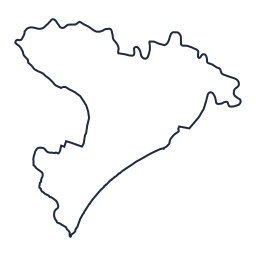 Vung Tau, Bà Rịa - Vũng Tàu, Vietnam
{"feature_id": "81297802B39135443664879", "entity_name": "Vung Tau", "entity_type": "district", "adm_level": 2, "iso_a3": "VNM", "parent_name": "Vietnam", "parent_adm1": "Bà Rịa - Vũng Tàu", "projection": "albers", "projection_center": [107.117, 10.402], "detail": "fine", "context": "isolated", "style": "outline", "palette": "slate", "viewbox_px": 256, "rotation_deg": 0, "n_neighbors": 0, "source": "geoboundaries", "source_scale": "gbopen_adm2", "svg_char_len": 5568}
<svg xmlns="http://www.w3.org/2000/svg" viewBox="0 0 256 256"><path d="M110.8,29.3L109.8,28.9L108.7,28.8L105.5,29.1L103.8,29.9L102.9,30.6L101.6,31.0L100.5,31.5L99.1,31.7L97.6,31.7L96.4,31.6L93.6,30.3L88.7,26.7L83.4,24.1L81.1,22.5L79.8,21.9L79.3,21.9L77.8,22.9L76.9,23.7L75.3,24.5L68.9,24.6L67.7,24.9L67.0,25.4L66.2,25.9L64.1,27.6L62.9,27.9L61.4,27.8L60.6,27.4L60.0,26.9L59.4,26.1L58.9,25.3L57.8,23.9L56.1,21.3L55.0,20.2L54.4,19.6L53.4,19.3L52.5,19.3L51.9,19.5L51.4,19.9L50.7,20.6L50.1,21.6L49.3,22.2L48.1,23.6L45.0,26.4L44.2,27.3L43.4,27.8L42.3,28.4L39.8,28.8L37.8,28.7L34.5,27.8L32.1,27.4L30.4,27.4L28.9,27.7L27.8,28.2L26.7,29.0L25.2,30.8L24.6,31.6L24.6,33.1L24.0,35.0L21.7,39.2L21.2,39.8L19.5,40.2L17.9,39.9L17.4,39.9L16.5,40.2L15.8,41.0L15.4,41.9L15.4,42.6L15.5,43.0L16.8,44.2L19.0,45.8L20.6,47.6L21.1,48.4L22.8,51.7L23.4,54.4L24.0,55.5L24.3,55.9L25.9,57.7L27.0,58.8L27.6,59.4L27.9,60.1L28.1,61.3L28.1,62.3L28.2,62.7L28.6,63.0L31.4,65.5L32.6,66.9L33.9,68.7L34.9,69.5L37.9,71.2L41.3,72.6L43.4,73.8L44.4,74.9L46.0,76.3L48.7,78.2L50.3,79.7L53.4,82.9L54.4,84.3L55.5,85.3L58.6,86.9L59.9,87.2L60.5,87.6L60.7,87.9L61.0,88.0L61.3,87.8L62.1,87.4L62.9,87.1L63.7,87.0L65.3,87.0L66.6,87.6L69.2,89.3L74.8,92.1L80.3,96.2L83.3,100.6L86.3,105.6L88.1,111.3L89.1,117.9L87.3,125.2L86.1,133.3L85.0,135.2L83.7,143.4L83.4,144.1L81.9,146.6L70.8,142.6L66.1,141.2L64.3,146.7L61.2,145.6L60.1,150.6L59.2,152.5L58.5,153.3L58.2,153.4L57.6,153.3L56.6,152.8L55.6,152.6L55.1,152.8L54.8,153.1L52.1,152.7L50.3,152.7L48.1,152.3L47.0,151.6L46.3,150.8L45.6,150.4L45.3,149.5L44.0,148.4L42.7,147.9L40.7,147.7L38.4,147.8L36.8,148.9L35.2,151.5L34.3,154.8L33.9,155.7L33.3,159.2L33.3,159.4L33.6,162.0L33.4,163.0L33.6,164.0L33.5,164.6L33.5,165.1L35.0,166.5L36.4,168.3L41.9,172.3L42.4,173.2L42.7,173.9L42.6,176.0L42.2,177.3L41.6,178.2L41.4,178.9L41.2,179.8L41.0,180.5L41.1,181.5L40.9,181.9L40.6,182.2L40.1,182.6L39.9,182.9L39.4,186.3L39.4,187.4L39.7,188.0L40.6,188.5L40.8,188.7L40.9,189.7L41.9,191.5L43.5,192.4L44.7,193.6L45.0,193.8L48.5,195.5L49.4,196.6L49.8,197.0L51.4,197.4L52.5,198.0L56.0,200.7L56.8,201.8L57.2,202.5L57.3,202.9L58.0,204.9L58.2,205.6L58.2,206.8L57.7,208.1L57.4,208.4L56.1,209.3L55.1,210.5L54.5,211.6L54.1,213.7L54.1,215.6L54.3,216.9L55.1,219.0L55.6,219.8L56.2,220.6L56.7,221.4L56.9,222.1L57.4,222.6L57.9,222.9L59.6,223.4L60.7,223.9L61.1,224.2L61.3,224.6L62.3,225.0L65.9,227.2L66.3,227.8L66.7,228.8L67.3,229.6L68.3,230.5L69.5,232.1L69.7,232.6L69.6,235.3L69.7,235.9L69.9,236.3L70.2,236.6L70.5,236.7L71.2,235.9L71.2,234.9L71.5,234.5L72.5,233.7L73.5,233.2L74.7,231.9L75.2,231.4L75.3,230.9L75.3,230.2L76.1,228.5L76.4,228.2L77.3,227.0L80.3,218.7L83.1,213.8L83.6,213.3L83.9,213.0L84.1,212.2L84.5,211.4L87.0,207.6L89.1,204.3L89.6,203.9L91.9,200.4L94.0,197.8L100.1,190.6L104.1,186.8L104.2,186.3L105.3,185.4L105.5,185.0L105.8,184.7L106.4,184.7L107.8,183.1L110.5,180.3L111.2,180.1L111.7,179.7L112.3,178.8L113.2,178.4L113.7,178.0L114.5,177.0L114.9,176.8L115.5,176.6L116.7,175.7L117.2,175.1L117.9,174.6L118.8,173.5L119.1,173.4L119.5,173.4L119.8,173.3L122.2,171.1L133.0,163.9L135.8,161.9L138.4,160.5L140.7,159.2L142.2,158.4L148.5,154.7L152.8,152.5L157.3,150.4L160.5,149.0L162.4,148.5L163.1,148.5L163.5,148.8L163.8,148.7L163.6,148.2L166.0,146.9L166.6,146.5L168.9,144.2L169.3,143.5L169.9,140.6L170.1,140.0L170.4,139.4L171.1,138.2L172.1,137.0L173.7,135.1L175.0,134.0L177.8,132.1L178.4,131.7L178.6,131.4L178.7,131.0L178.7,130.5L178.3,129.0L178.3,128.6L178.5,128.1L179.2,126.5L189.3,128.4L189.8,127.8L198.9,117.1L202.7,110.6L203.5,109.4L204.6,106.2L206.1,101.1L207.7,94.9L208.2,93.8L209.3,92.6L210.2,92.3L211.0,92.3L212.1,92.7L213.1,93.6L214.2,95.3L215.1,97.4L215.6,99.5L216.1,102.3L216.5,103.2L217.2,103.7L217.9,104.0L219.2,103.9L221.6,103.6L223.9,102.3L226.2,101.7L226.8,101.8L227.4,102.1L227.8,102.9L228.5,104.9L229.1,106.1L229.9,106.5L230.8,106.6L232.7,106.5L234.5,106.3L235.8,105.8L237.4,105.3L238.7,104.8L240.0,103.4L240.6,102.1L240.6,101.3L240.5,100.2L240.2,99.7L239.9,99.3L237.8,98.1L236.7,97.3L235.3,96.3L234.7,95.7L234.2,94.8L233.8,93.5L233.9,91.0L234.4,89.8L235.1,88.8L237.0,87.3L238.4,86.0L238.8,84.8L238.9,83.8L238.8,82.8L238.4,81.5L237.3,80.0L235.8,79.0L234.1,78.2L228.8,76.5L223.5,74.6L222.4,74.0L221.6,73.3L220.7,70.9L220.5,70.0L219.9,68.9L219.3,68.4L218.7,68.1L217.5,67.8L216.2,67.1L214.4,65.9L212.1,64.4L210.9,64.0L208.5,63.2L207.8,62.8L207.3,62.3L207.0,61.1L207.0,59.6L206.9,58.7L206.5,57.0L206.2,56.1L205.7,55.3L205.1,54.7L204.3,54.3L203.5,54.2L202.7,54.4L201.9,55.0L200.2,57.4L199.5,57.9L198.9,57.9L198.2,57.2L197.9,56.0L198.3,52.0L198.2,51.2L197.6,50.4L196.6,49.6L195.7,49.1L193.8,48.4L191.7,47.3L187.1,45.8L185.5,45.7L182.9,45.7L182.3,45.5L181.7,45.1L181.2,44.6L181.0,43.6L180.9,37.1L180.7,36.2L180.3,35.2L179.9,34.5L179.2,33.6L178.2,32.7L177.3,32.3L174.6,32.3L173.4,32.2L172.8,32.4L172.2,32.7L171.7,33.2L171.1,33.7L170.7,34.6L169.9,36.8L169.3,38.9L168.3,41.6L167.4,43.1L166.3,44.2L165.2,44.9L164.7,45.1L163.9,45.0L159.0,43.7L156.6,42.7L154.1,41.6L149.7,41.5L149.4,42.1L149.5,43.5L149.8,45.2L149.9,46.7L149.8,50.1L149.0,53.4L148.3,55.6L147.5,57.4L146.9,58.0L145.6,58.7L144.5,58.7L143.3,58.1L142.8,57.8L142.1,57.1L141.6,56.4L141.1,55.5L140.3,51.7L140.0,50.9L139.4,49.6L138.3,47.9L137.0,47.0L135.8,47.0L134.9,47.4L134.3,47.9L134.0,48.6L134.1,50.0L134.3,52.0L134.3,53.1L134.1,54.3L133.7,54.9L133.0,55.5L132.2,55.7L130.0,55.5L128.2,55.2L127.2,54.8L123.9,54.1L118.5,53.3L118.2,53.0L118.1,51.6L118.5,49.6L118.6,48.2L118.4,47.1L117.0,43.9L116.4,43.1L115.1,41.6L113.5,39.6L112.9,37.8L112.6,34.9L112.0,32.6L111.8,31.4L111.3,30.1L110.8,29.3Z" fill="none" stroke="#1e293b" stroke-width="2"/></svg>